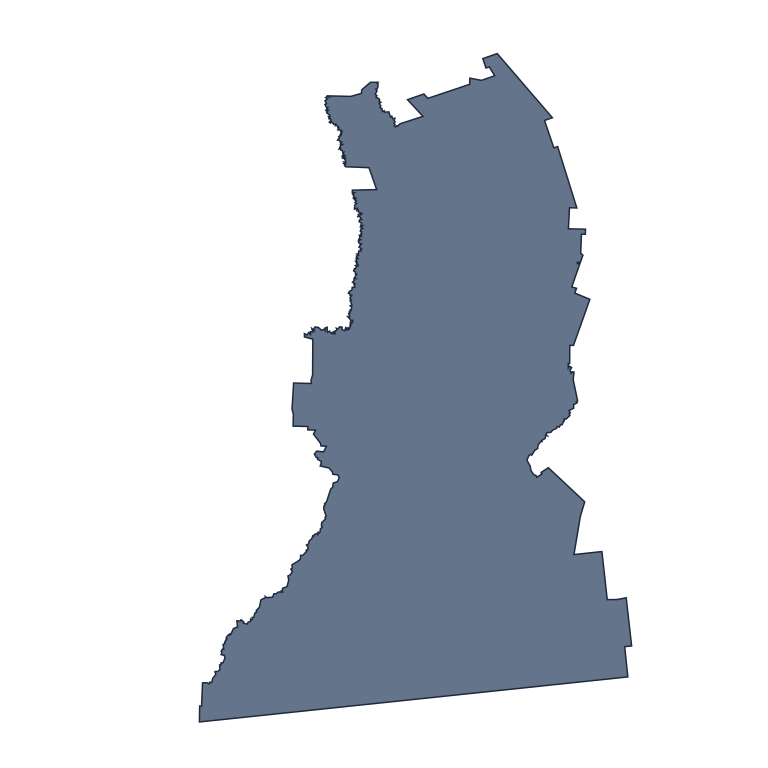 the district of Brewarrina, New South Wales, Australia, rotated 174°
{"feature_id": "25037944B28138275471855", "entity_name": "Brewarrina", "entity_type": "district", "adm_level": 2, "iso_a3": "AUS", "parent_name": "Australia", "parent_adm1": "New South Wales", "projection": "natural_earth1", "projection_center": [147.252, -29.95], "detail": "fine", "context": "isolated", "style": "filled", "palette": "slate", "viewbox_px": 768, "rotation_deg": 174, "n_neighbors": 0, "source": "geoboundaries", "source_scale": "gbopen_adm2", "svg_char_len": 6165}
<svg xmlns="http://www.w3.org/2000/svg" viewBox="0 0 768 768"><g transform="rotate(174 384 384)"><path d="M387.0,673.5L409.5,676.4L408.6,675.4L410.5,676.0L412.1,674.9L410.3,673.6L413.1,671.8L411.9,668.9L413.6,668.2L412.1,664.6L411.1,664.7L412.7,662.8L411.2,662.3L412.9,661.8L411.7,661.0L412.7,659.7L409.7,656.9L409.8,655.7L411.3,655.8L410.8,653.3L409.8,653.8L409.0,652.0L411.1,650.1L409.9,649.1L408.7,650.1L406.5,647.2L404.8,647.6L405.2,645.9L403.8,646.0L402.7,644.8L403.2,643.7L402.1,643.5L403.3,641.5L400.3,641.1L400.7,639.6L399.4,639.6L401.2,636.9L400.1,637.0L400.8,635.6L403.1,634.9L402.5,633.6L404.7,631.5L402.6,630.8L402.2,628.8L401.0,629.0L402.2,626.9L400.3,626.6L402.3,625.6L404.1,622.4L402.4,622.9L402.7,621.4L401.0,620.4L400.8,618.4L399.8,618.6L400.9,617.1L399.6,615.8L401.7,615.3L401.8,613.7L399.5,614.5L400.8,612.8L398.7,612.8L399.8,611.3L398.8,610.6L399.0,608.7L400.5,608.9L399.3,607.5L401.0,607.5L399.6,606.1L400.4,605.3L399.3,604.0L376.3,600.7L371.0,578.1L395.2,580.1L395.5,577.8L393.3,577.2L395.5,576.2L394.2,574.3L394.9,573.2L393.3,572.4L394.7,571.6L392.7,570.9L393.9,570.2L392.3,569.0L393.9,567.4L392.4,566.5L394.5,564.7L395.1,560.9L392.2,561.6L392.8,559.3L391.6,559.8L391.5,557.8L388.1,555.9L389.3,554.7L390.0,555.9L391.9,555.2L391.5,554.0L393.2,553.0L390.9,553.3L389.5,551.1L390.2,550.5L389.4,549.9L391.3,549.6L391.8,548.0L389.5,546.4L390.9,543.2L389.0,543.6L390.5,542.3L388.9,540.9L390.8,540.5L391.6,538.4L390.3,537.6L391.1,536.4L390.5,535.2L392.3,534.7L391.4,533.5L392.9,534.0L392.6,532.8L394.1,530.0L392.4,529.9L394.6,528.4L393.7,526.1L391.8,525.8L394.6,522.8L392.1,520.7L393.5,520.0L392.8,518.9L395.3,518.8L395.9,515.8L397.3,516.0L396.1,514.5L398.1,514.1L397.6,513.0L398.5,512.0L397.0,511.5L398.4,510.8L398.3,508.9L399.4,509.0L398.6,507.4L397.8,508.0L398.6,506.7L397.5,505.4L399.7,504.9L398.0,504.0L399.7,503.3L400.4,501.5L401.4,501.8L402.4,499.6L400.8,498.5L401.0,496.3L399.7,496.0L402.4,492.6L401.1,491.7L402.9,491.7L402.7,490.3L404.7,488.5L401.8,486.0L403.4,486.4L403.0,483.2L405.5,483.5L406.1,480.7L408.7,479.8L409.9,477.9L408.6,477.5L408.4,475.5L406.9,475.6L408.9,472.9L407.7,470.8L409.0,470.6L407.6,466.0L409.5,465.4L408.1,463.6L408.8,461.2L409.7,461.3L409.4,460.2L410.8,460.0L410.4,458.0L411.8,458.0L411.1,454.5L413.0,454.8L410.1,450.8L410.5,450.0L408.5,450.6L408.7,449.0L409.9,447.7L410.9,449.0L411.5,446.2L410.2,445.5L411.6,445.7L412.3,443.1L414.6,443.9L412.8,442.6L414.1,441.5L415.4,441.9L414.2,442.3L416.1,444.2L417.5,441.0L420.0,442.5L419.7,444.9L422.0,445.5L424.1,443.7L425.5,444.3L425.0,443.0L427.3,441.2L427.6,439.0L429.8,439.4L428.6,441.2L431.3,440.1L432.8,442.3L434.9,441.4L434.6,446.4L436.9,445.8L437.1,443.2L438.1,444.7L440.5,444.0L443.3,447.1L446.6,448.0L447.9,446.4L447.7,444.5L450.0,446.8L449.4,443.1L451.8,443.7L452.0,441.1L453.4,443.0L455.6,440.9L457.9,442.4L458.2,439.1L450.1,436.0L454.1,400.4L456.2,395.2L456.1,392.1L473.8,394.4L478.1,368.5L477.3,363.6L478.8,351.6L464.2,349.7L464.6,346.3L456.9,345.3L459.4,341.6L453.2,331.4L453.2,329.0L447.9,328.1L451.1,322.8L457.9,324.3L460.6,321.6L459.1,318.1L457.6,317.5L458.0,316.1L454.3,313.3L456.0,309.1L447.5,306.2L444.6,302.1L444.3,299.6L439.4,298.4L438.4,295.3L440.5,291.8L444.9,290.8L445.7,286.9L448.1,284.9L453.4,272.9L455.6,271.2L455.1,270.3L456.5,269.0L457.0,266.2L455.4,258.6L456.6,257.5L456.2,255.9L460.5,252.6L461.1,249.4L460.2,248.3L462.5,246.4L463.0,243.6L464.2,242.7L464.9,243.5L465.6,241.3L466.1,242.4L469.0,241.6L469.7,240.0L470.7,240.5L471.9,237.8L474.8,235.7L475.9,232.7L478.0,231.9L476.6,230.0L477.0,227.7L478.7,226.8L478.2,226.0L482.6,222.1L484.9,222.3L485.2,219.3L486.6,217.6L494.5,213.8L494.4,210.3L496.0,209.6L494.7,207.2L497.0,204.1L499.6,203.1L499.3,198.8L501.7,192.6L506.3,191.4L506.5,188.8L507.6,188.9L506.9,187.7L510.6,188.2L513.5,186.6L515.4,186.9L517.1,183.6L523.3,183.9L524.2,184.9L524.1,184.0L529.0,182.2L531.2,175.0L534.7,172.2L534.2,170.9L536.5,169.6L537.8,165.5L539.7,165.6L539.6,163.8L540.8,162.9L541.3,163.7L541.7,161.7L544.1,161.3L545.3,159.5L548.9,160.9L548.4,162.1L550.8,164.5L551.8,163.2L555.1,163.9L555.1,157.7L559.3,156.5L562.2,151.6L563.6,151.5L563.3,150.4L564.9,150.8L566.9,149.0L567.7,147.0L567.0,146.6L569.3,144.3L569.4,142.4L571.3,141.8L571.1,137.0L572.3,137.3L573.9,135.2L573.3,134.0L574.3,131.9L571.2,130.8L570.8,128.2L573.2,123.6L575.2,123.7L575.5,121.8L576.9,121.7L577.0,117.1L579.5,115.5L582.1,115.7L581.7,112.6L585.1,109.2L586.6,105.0L588.5,105.7L589.5,104.0L591.2,105.4L595.7,105.8L599.1,82.7L601.0,83.0L602.9,67.2L172.1,67.2L172.1,97.6L165.1,97.6L165.5,146.1L174.4,145.3L184.5,146.2L184.8,194.6L212.9,194.5L202.6,231.7L196.7,245.8L229.3,283.6L237.0,279.6L236.3,278.1L241.8,275.2L242.4,277.2L244.7,278.2L246.9,282.7L247.2,287.1L249.9,293.5L247.2,297.8L245.0,298.6L244.5,297.8L240.7,302.5L237.9,303.7L237.3,306.9L234.3,310.3L232.8,310.3L233.1,311.4L229.5,312.9L228.4,316.1L227.2,315.6L228.2,316.9L227.3,318.5L223.1,318.5L221.3,320.4L217.1,321.8L216.2,323.6L214.2,322.8L213.0,324.8L211.2,324.8L209.1,328.4L208.2,327.9L208.9,328.9L208.2,330.7L206.7,330.0L202.4,333.3L203.0,335.0L201.7,335.8L202.9,338.0L197.8,340.2L197.6,343.5L193.8,345.2L194.4,346.5L193.2,347.1L195.4,368.6L193.8,376.0L195.6,376.5L196.7,375.1L197.6,378.2L195.6,380.7L197.5,382.2L199.1,380.6L198.6,385.1L197.2,384.9L195.2,403.0L191.5,402.6L170.4,446.7L184.8,454.5L182.5,459.0L187.1,460.9L176.7,483.0L179.1,483.6L179.0,484.8L176.0,484.4L172.7,491.3L174.7,493.4L172.0,512.4L168.1,511.9L167.4,516.9L184.4,519.1L181.1,539.9L173.8,538.9L186.5,602.0L190.4,601.1L196.8,629.3L188.7,631.2L236.9,700.8L251.7,697.3L249.6,687.6L246.2,688.4L241.7,679.0L255.3,675.8L266.7,679.2L267.5,673.1L310.5,663.5L314.0,668.3L330.9,664.3L317.3,646.1L340.9,641.1L343.6,638.9L344.3,639.6L345.7,638.5L346.9,639.8L345.9,641.0L346.8,642.7L345.5,643.7L346.5,644.9L345.4,647.1L347.7,647.1L348.3,649.5L349.7,648.9L350.7,654.1L354.9,654.3L355.2,655.7L356.9,655.1L357.3,658.2L359.1,659.3L358.1,661.2L359.4,663.2L357.7,664.5L359.3,665.2L358.6,667.0L359.4,668.6L362.0,669.8L360.9,671.5L362.5,673.1L360.3,676.2L361.3,678.1L359.9,678.3L358.9,680.3L358.6,683.2L359.5,683.8L358.5,684.7L365.8,685.5L375.4,678.9L376.1,675.4L387.0,673.5Z" fill="#64748b" stroke="#1e293b" stroke-width="1.5"/></g></svg>